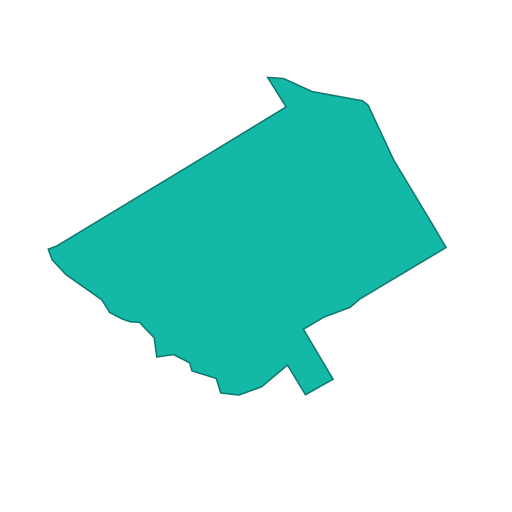 Sumter, Georgia, United States of America (Natural Earth projection), rotated 148°
{"feature_id": "52423323B7701583683709", "entity_name": "Sumter", "entity_type": "district", "adm_level": 2, "iso_a3": "USA", "parent_name": "United States of America", "parent_adm1": "Georgia", "projection": "natural_earth1", "projection_center": [-84.143, 32.052], "detail": "fine", "context": "isolated", "style": "filled", "palette": "teal", "viewbox_px": 512, "rotation_deg": 148, "n_neighbors": 0, "source": "geoboundaries", "source_scale": "gbopen_adm2", "svg_char_len": 609}
<svg xmlns="http://www.w3.org/2000/svg" viewBox="0 0 512 512"><g transform="rotate(148 256 256)"><path d="M402.7,273.2L397.4,266.7L390.0,261.5L385.7,240.5L393.7,222.9L378.3,216.2L368.9,200.6L371.2,192.5L354.6,173.2L358.5,158.5L344.1,147.1L320.4,142.1L287.1,146.9L287.6,112.1L255.9,110.7L254.6,168.8L231.0,168.2L203.4,162.6L190.4,164.5L90.3,162.5L89.6,188.7L88.4,263.9L81.1,323.5L81.1,324.7L83.4,331.1L121.4,365.9L138.6,391.9L151.5,401.3L151.5,366.5L249.5,367.6L419.8,370.1L428.6,371.9L430.9,360.9L427.0,340.8L410.0,300.4L410.0,285.6L402.7,273.2Z" fill="#14b8a6" stroke="#0f766e" stroke-width="1.5"/></g></svg>